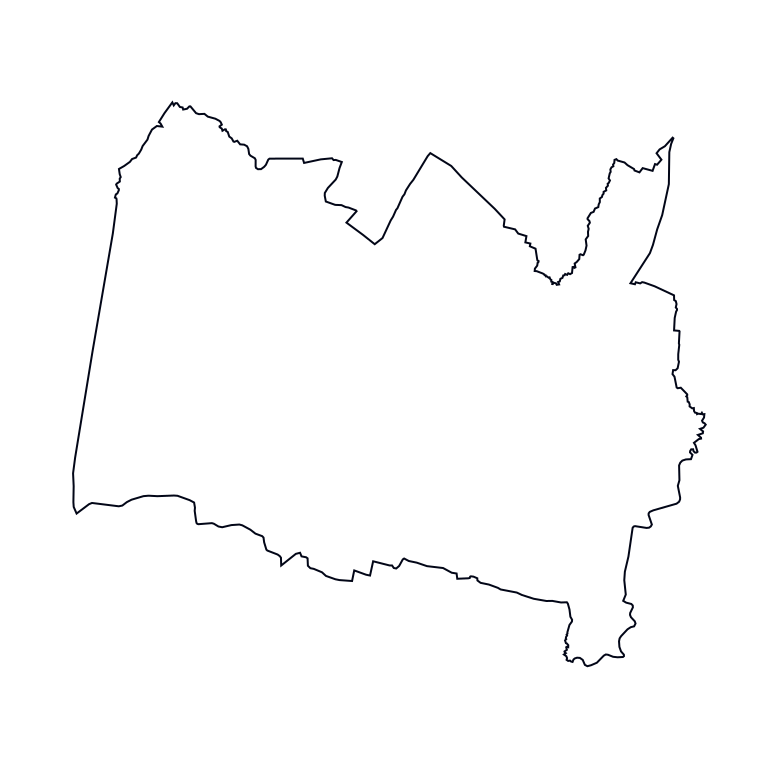 Chian Yai, Nakhon Si Thammarat, Thailand (orthographic projection), rotated 86°
{"feature_id": "78962969B18712329384624", "entity_name": "Chian Yai", "entity_type": "district", "adm_level": 2, "iso_a3": "THA", "parent_name": "Thailand", "parent_adm1": "Nakhon Si Thammarat", "projection": "orthographic", "projection_center": [100.156, 8.119], "detail": "fine", "context": "isolated", "style": "outline", "palette": "ink", "viewbox_px": 768, "rotation_deg": 86, "n_neighbors": 0, "source": "geoboundaries", "source_scale": "gbopen_adm2", "svg_char_len": 6064}
<svg xmlns="http://www.w3.org/2000/svg" viewBox="0 0 768 768"><g transform="rotate(86 384 384)"><path d="M436.1,697.3L451.4,700.4L464.3,700.7L480.2,702.1L485.0,702.1L491.8,699.7L483.3,686.6L482.3,683.6L487.5,657.1L487.0,653.5L483.9,648.8L481.8,643.9L479.1,631.8L479.0,626.7L480.1,617.8L480.6,601.3L481.1,597.8L486.3,586.0L489.0,581.7L494.2,581.2L497.3,581.7L507.7,581.0L509.6,580.7L510.5,580.0L510.9,578.9L510.8,565.4L511.5,563.5L514.6,559.1L515.6,555.4L514.1,546.1L514.1,538.1L515.1,535.2L520.0,527.5L524.3,522.7L527.3,516.1L528.8,514.9L533.6,514.6L541.0,512.9L542.0,512.0L546.7,502.0L548.5,499.9L550.1,498.9L557.9,499.2L547.3,483.8L546.5,479.5L550.2,478.3L551.4,473.8L552.6,472.4L560.0,472.6L562.6,470.3L563.5,467.0L567.5,459.0L571.4,455.3L575.4,446.1L576.5,442.1L578.3,429.6L567.9,426.7L573.0,415.2L574.1,411.3L560.1,407.2L565.4,391.1L565.6,388.6L568.2,387.1L568.9,384.7L566.6,381.6L560.3,377.5L559.5,376.1L562.3,371.6L564.5,363.8L568.7,353.8L571.7,337.9L577.0,329.6L578.1,324.8L583.4,324.5L583.7,313.3L583.5,312.0L582.2,311.5L581.9,310.8L582.4,308.2L584.3,304.5L586.5,304.5L589.1,301.5L591.4,293.3L595.3,284.6L597.1,282.0L601.3,266.1L604.1,261.1L608.7,249.6L611.8,237.1L612.1,231.3L614.3,222.6L614.5,216.8L616.0,215.9L621.9,214.7L629.2,214.3L632.3,212.8L634.1,213.1L637.3,215.8L644.5,218.4L645.8,218.4L646.7,219.3L647.7,218.9L648.8,219.9L650.4,220.4L651.2,220.0L652.4,221.3L655.2,220.6L655.6,219.7L657.4,218.4L659.4,218.6L658.9,219.9L659.3,220.6L661.9,220.1L663.4,222.6L664.3,222.4L665.2,221.4L666.4,223.4L668.3,221.1L670.2,220.5L671.9,221.1L673.1,219.6L672.9,217.7L673.9,216.8L674.4,215.3L672.1,214.2L671.1,212.9L670.5,210.5L670.9,207.7L673.1,205.0L678.2,203.2L679.7,200.8L679.0,197.1L676.9,191.1L670.3,183.7L669.3,181.6L669.7,179.5L672.1,174.5L672.9,170.1L673.0,164.7L672.2,163.6L670.7,163.6L667.3,166.2L662.7,167.5L657.1,167.5L654.2,166.7L652.1,165.1L645.7,158.2L643.8,154.8L643.2,151.4L640.5,149.8L638.2,150.4L633.9,153.9L631.5,154.7L629.6,154.4L624.2,151.3L622.3,151.3L620.7,152.6L619.0,157.7L617.0,160.5L610.9,157.5L596.5,158.0L588.0,156.8L573.2,152.2L544.8,146.0L543.6,144.9L543.3,143.5L545.9,132.1L545.8,129.6L544.7,127.8L542.9,126.6L533.1,129.2L531.5,129.0L530.1,127.8L528.8,124.1L523.8,100.5L522.0,97.8L519.8,96.7L517.9,96.5L506.1,98.0L500.6,96.0L485.8,95.3L483.1,93.9L481.2,91.7L480.3,88.1L480.4,83.0L476.2,81.2L473.6,83.5L472.3,83.3L470.6,82.1L470.7,80.2L472.6,79.9L474.1,78.6L474.2,77.0L473.5,76.0L466.9,77.5L464.3,78.9L460.9,73.8L460.6,71.5L459.7,71.5L456.7,74.4L455.4,69.4L453.6,69.0L450.8,71.9L449.9,68.4L447.0,65.9L445.5,67.0L444.6,68.6L442.8,69.3L439.8,67.1L436.4,66.5L436.5,68.2L434.9,68.9L436.1,69.8L435.5,72.7L435.9,73.8L434.7,74.0L434.3,75.7L432.6,76.6L429.6,76.6L429.8,78.2L427.7,80.7L425.6,80.5L423.3,81.2L422.8,82.3L418.3,82.4L417.5,83.3L416.1,82.2L415.4,82.3L408.4,88.2L408.7,91.3L407.9,92.3L397.0,93.7L394.3,95.5L390.3,94.6L390.6,92.2L388.8,90.0L382.4,88.2L380.3,88.8L374.8,88.4L365.5,86.7L364.1,87.0L352.1,85.5L351.6,85.8L350.8,90.9L338.4,89.4L332.3,87.6L330.5,86.5L329.5,86.5L328.0,87.6L324.7,86.6L321.7,87.1L320.5,88.7L315.8,88.5L305.4,107.2L301.0,117.2L300.4,119.4L301.5,121.4L300.1,125.8L302.0,126.7L300.7,131.1L272.0,109.6L264.0,106.0L248.8,100.7L234.9,94.7L204.5,85.9L172.6,83.2L164.5,80.8L159.1,78.2L158.4,78.9L166.4,87.2L169.2,92.7L172.8,96.0L179.6,91.6L184.3,96.3L183.5,98.3L190.1,101.2L186.7,110.9L190.7,114.4L188.5,119.2L187.0,119.6L182.7,125.8L179.8,128.6L177.4,135.3L175.9,136.5L176.5,138.4L179.6,138.9L181.1,140.2L182.8,140.0L183.7,141.9L185.7,143.2L188.2,143.1L189.6,144.1L194.6,145.6L196.7,144.4L199.1,145.8L199.8,146.9L201.8,146.8L203.8,148.9L206.4,148.8L207.6,151.5L209.5,151.7L210.7,152.9L212.7,153.6L214.0,155.8L217.6,156.0L219.8,157.3L222.5,157.9L223.7,161.3L226.9,162.9L227.8,165.7L232.9,169.4L233.8,169.4L235.8,167.7L237.5,167.4L240.4,169.7L243.5,169.0L246.4,169.9L250.6,170.0L253.8,172.7L260.1,172.3L264.8,173.7L268.9,175.7L269.4,176.5L268.3,178.9L268.7,179.9L273.0,180.5L275.8,183.3L277.1,185.4L281.0,184.9L281.4,186.0L280.4,186.8L280.5,187.7L286.4,188.7L287.4,190.7L286.4,192.5L287.9,193.7L286.9,195.6L288.1,196.3L288.2,197.6L290.6,198.6L291.4,200.7L293.9,201.5L294.4,203.2L296.9,202.4L297.1,204.8L295.6,205.4L294.8,207.7L296.1,208.7L296.0,209.2L294.0,208.8L293.5,210.0L291.9,209.8L291.3,210.7L289.2,211.4L289.5,212.3L288.0,214.0L288.0,214.9L286.9,215.1L286.7,216.2L285.9,216.4L284.8,218.0L282.1,223.8L281.8,225.8L279.4,225.4L276.6,222.9L273.8,222.3L273.4,221.6L272.2,221.2L271.4,222.3L270.2,222.5L259.6,223.4L256.8,228.9L254.1,228.2L252.6,233.1L246.4,231.6L243.3,239.6L238.9,242.4L235.5,253.3L234.5,253.5L228.2,252.2L217.0,261.3L183.3,292.1L171.2,301.7L156.9,321.7L159.7,324.5L182.4,340.5L186.2,344.0L192.4,348.6L196.2,350.4L198.4,352.4L209.7,358.4L211.1,359.8L217.7,363.3L221.3,365.9L238.3,375.3L243.9,383.5L233.9,394.4L220.4,410.2L209.7,399.3L208.9,399.8L205.5,407.1L204.8,410.0L202.6,413.9L201.9,420.2L197.9,429.3L192.0,430.0L189.3,429.7L184.5,426.3L176.7,417.9L173.8,416.1L165.5,413.3L159.6,410.6L157.1,416.5L157.1,418.7L155.2,420.1L155.5,431.4L157.9,448.3L153.5,449.3L151.2,482.5L152.1,483.8L157.1,486.5L159.0,488.4L161.1,491.7L160.9,494.8L159.5,496.6L158.0,496.9L151.5,496.4L149.8,497.1L146.9,501.3L145.2,502.5L140.0,502.9L137.3,504.0L135.5,506.8L134.9,510.8L131.1,513.4L132.0,516.5L131.6,517.3L128.3,518.8L126.4,521.1L121.7,522.3L120.7,523.8L119.0,524.0L118.8,524.8L120.1,527.5L117.9,528.0L116.4,530.0L115.5,530.1L114.0,527.7L111.5,528.6L110.1,529.7L107.6,533.7L105.0,541.1L102.0,544.3L101.9,549.8L100.7,552.6L93.6,557.7L93.5,558.8L95.7,561.3L96.2,565.2L94.1,565.6L93.4,568.3L89.5,570.7L89.3,572.5L91.4,574.3L88.3,575.5L98.5,584.1L107.0,590.3L108.6,588.7L111.8,587.2L110.8,592.6L114.0,597.7L120.1,601.5L123.7,602.9L129.8,608.2L133.2,609.8L137.1,612.5L138.6,614.3L140.8,615.5L142.0,619.6L144.7,622.0L148.4,628.0L151.0,633.4L156.3,633.0L159.2,632.2L160.7,633.3L163.6,633.4L165.5,636.7L166.4,637.3L170.0,636.0L171.0,634.9L172.2,635.0L175.3,636.7L176.2,638.3L179.3,639.4L180.1,638.1L180.9,637.9L185.5,638.0L214.9,644.0L330.8,672.4L436.1,697.3Z" fill="none" stroke="#020617" stroke-width="2"/></g></svg>